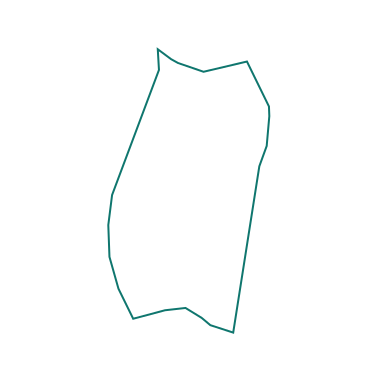 the border of Jesenice, rotated 253°
{"feature_id": "SVN-258", "entity_name": "Jesenice", "entity_type": "Municipality", "adm_level": 1, "iso_a3": "SVN", "parent_name": "Slovenia", "parent_adm1": "", "projection": "equal_earth", "projection_center": [14.07, 46.444], "detail": "fine", "context": "isolated", "style": "outline", "palette": "teal", "viewbox_px": 384, "rotation_deg": 253, "n_neighbors": 0, "source": "natural_earth", "source_scale": "10m", "svg_char_len": 408}
<svg xmlns="http://www.w3.org/2000/svg" viewBox="0 0 384 384"><g transform="rotate(253 192 192)"><path d="M121.0,93.4L154.1,94.1L184.9,102.3L212.5,114.7L318.4,196.1L338.5,201.0L325.2,210.8L319.4,216.4L303.6,238.2L300.7,282.7L251.3,290.6L241.9,288.1L214.2,276.9L196.9,263.9L45.5,190.3L59.3,170.6L68.7,164.5L83.0,151.9L86.8,131.6L88.0,98.7L121.0,93.4Z" fill="none" stroke="#0f766e" stroke-width="2"/></g></svg>